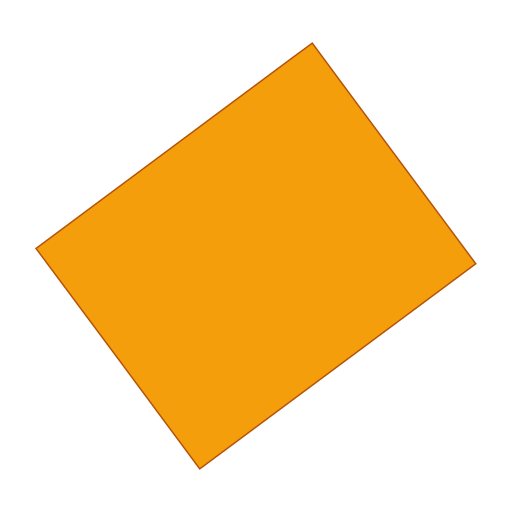 Dade, Missouri, United States of America (Albers equal-area conic projection), rotated 142°
{"feature_id": "52423323B68885039178612", "entity_name": "Dade", "entity_type": "district", "adm_level": 2, "iso_a3": "USA", "parent_name": "United States of America", "parent_adm1": "Missouri", "projection": "albers", "projection_center": [-93.847, 37.432], "detail": "fine", "context": "isolated", "style": "filled", "palette": "amber", "viewbox_px": 512, "rotation_deg": 142, "n_neighbors": 0, "source": "geoboundaries", "source_scale": "gbopen_adm2", "svg_char_len": 264}
<svg xmlns="http://www.w3.org/2000/svg" viewBox="0 0 512 512"><g transform="rotate(142 256 256)"><path d="M427.9,260.1L431.4,122.9L87.6,114.6L82.1,333.9L80.6,389.1L104.3,389.8L424.7,397.4L427.9,260.1Z" fill="#f59e0b" stroke="#b45309" stroke-width="1.5"/></g></svg>